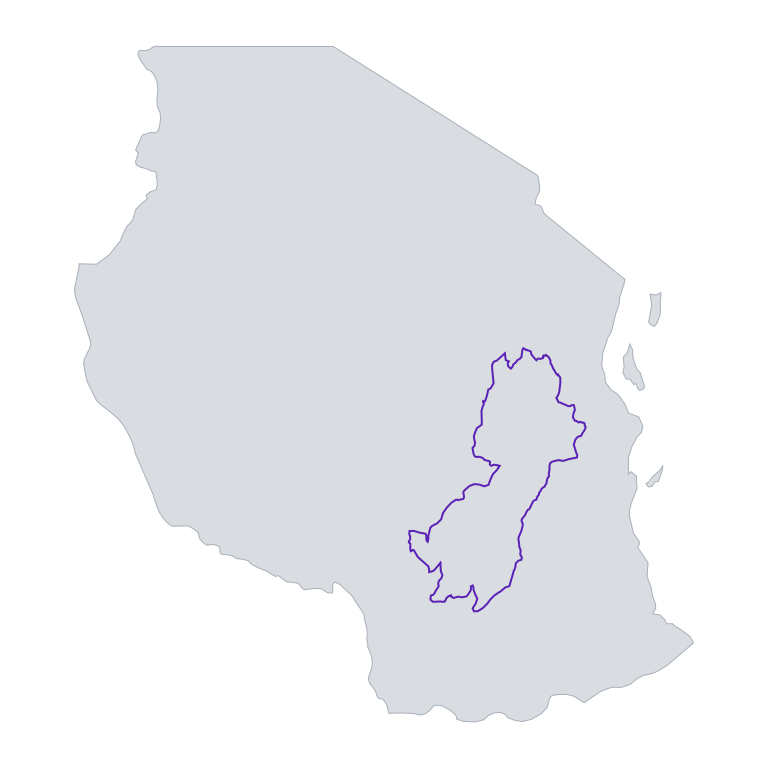 United Republic of Tanzania, with Morogoro highlighted
{"feature_id": "TZA-3379", "entity_name": "Morogoro", "entity_type": "Region", "adm_level": 1, "iso_a3": "TZA", "parent_name": "United Republic of Tanzania", "parent_adm1": "", "projection": "robinson", "projection_center": [37.042, -7.875], "detail": "fine", "context": "in_parent", "style": "outline", "palette": "violet", "viewbox_px": 768, "rotation_deg": 0, "n_neighbors": 0, "source": "natural_earth", "source_scale": "10m", "svg_char_len": 7925}
<svg xmlns="http://www.w3.org/2000/svg" viewBox="0 0 768 768"><path d="M275.3,576.4L266.2,571.0L258.0,567.7L251.2,564.1L248.2,560.6L241.9,559.2L236.5,558.6L231.4,555.3L221.0,554.1L219.9,551.9L219.7,547.1L217.8,545.8L214.1,544.5L210.0,544.6L207.5,545.3L206.1,544.9L202.7,542.1L199.5,538.4L198.3,532.6L193.6,528.9L188.1,525.9L172.9,526.2L170.5,525.3L166.9,522.4L162.6,517.5L159.2,512.0L156.2,504.4L153.0,494.2L135.4,453.7L133.6,446.0L130.2,437.5L124.6,427.0L118.6,419.3L110.6,412.2L101.5,405.2L96.5,400.5L87.1,381.4L85.1,372.4L83.6,363.2L84.2,359.4L90.0,347.5L90.6,344.1L89.9,339.6L86.9,330.1L83.2,318.5L75.7,297.5L74.6,292.2L74.7,288.2L79.1,266.8L79.0,263.8L96.5,264.2L109.2,254.9L120.3,240.9L122.5,235.1L127.1,226.1L131.5,221.6L133.2,218.5L135.7,209.6L141.6,203.5L147.2,198.9L146.1,195.6L146.9,194.4L150.0,192.0L156.0,189.8L157.2,185.1L157.2,179.8L156.2,176.8L156.4,173.4L155.4,171.5L151.5,171.0L145.6,168.4L140.7,167.3L137.4,165.7L136.1,164.6L135.6,161.4L138.3,153.2L135.6,149.9L141.7,136.3L142.8,134.7L145.0,134.4L148.5,133.0L151.7,132.3L154.4,132.9L156.3,132.3L158.1,130.8L159.5,126.2L160.7,118.5L160.0,112.2L157.5,107.4L156.8,100.0L157.9,90.1L157.1,81.9L154.3,75.3L151.4,71.4L147.0,69.6L140.1,59.5L138.0,54.7L138.4,51.6L140.8,50.3L145.1,50.8L149.3,49.6L153.1,46.9L156.9,46.1L158.8,46.5L333.3,46.5L537.3,175.3L538.2,176.9L539.8,188.0L539.4,191.7L536.3,198.1L535.4,201.5L535.3,203.8L536.1,204.7L538.8,205.1L541.0,206.6L541.9,207.8L543.6,212.6L545.8,215.0L623.3,278.2L625.0,279.2L623.9,284.5L619.6,297.3L619.3,302.7L617.6,309.0L615.9,313.1L611.5,331.2L607.7,338.0L602.6,353.9L601.8,366.0L604.6,374.5L605.6,382.5L611.6,390.3L616.3,393.1L619.6,396.6L625.3,404.8L628.5,413.0L638.8,417.0L642.9,426.1L641.4,432.4L636.6,437.7L632.1,446.1L628.5,457.3L628.4,474.3L630.9,471.7L636.3,475.9L637.0,488.4L631.3,503.0L629.6,509.8L629.3,515.6L633.4,533.1L639.5,542.0L639.1,544.8L637.5,547.1L648.0,562.8L647.1,576.5L651.0,587.2L652.7,596.4L655.3,603.5L655.8,608.3L652.6,613.8L660.2,615.1L664.7,619.6L666.8,623.8L672.4,623.6L675.4,626.5L679.7,628.9L689.3,636.0L691.8,639.6L693.4,643.0L667.0,665.5L657.5,671.3L650.7,673.9L643.4,675.4L636.6,679.0L630.0,684.5L621.7,687.3L611.5,687.3L600.8,691.2L584.1,702.8L574.3,696.4L566.6,694.3L557.8,694.6L552.4,695.4L550.5,696.7L548.8,700.7L547.4,707.2L541.6,713.4L531.5,719.3L522.1,721.6L513.6,720.0L507.8,717.6L504.8,714.1L500.3,712.5L494.5,712.8L488.8,715.2L483.5,719.9L474.9,721.9L463.1,721.3L456.8,719.1L455.9,715.2L450.7,710.6L441.3,705.4L434.3,705.3L429.8,710.3L425.8,713.5L422.1,714.7L418.8,714.9L414.0,713.5L400.9,713.0L388.6,713.2L387.3,706.0L384.8,701.6L382.5,699.0L378.3,698.3L377.1,696.3L375.7,691.8L373.5,688.0L370.7,684.8L369.1,681.8L368.5,679.1L368.9,676.2L371.5,668.8L372.3,663.7L372.0,658.5L370.6,653.2L367.6,646.8L368.0,645.0L367.0,640.7L366.9,637.7L367.4,633.9L366.8,628.9L364.3,618.3L364.3,615.6L361.6,610.5L353.4,598.4L353.0,596.8L340.1,584.6L334.9,581.9L333.1,584.2L332.4,586.3L332.9,590.2L332.6,592.2L332.1,593.1L329.0,592.9L327.1,592.5L322.2,589.2L318.4,588.4L309.0,589.0L305.7,589.8L303.1,589.0L298.1,583.4L292.2,582.2L286.9,582.0L278.3,575.6L275.3,576.4ZM640.2,372.6L644.4,386.0L643.9,388.5L640.9,390.1L639.3,390.2L637.5,388.0L636.1,383.5L633.9,384.6L630.0,379.2L626.1,378.9L622.8,372.5L624.1,366.8L623.3,357.2L627.5,352.3L629.8,344.1L632.5,349.7L633.1,358.5L636.7,368.9L640.2,372.6ZM660.8,292.6L661.1,295.8L660.3,298.8L660.5,308.3L660.1,314.7L656.9,323.4L654.3,326.5L652.0,325.6L650.1,324.2L648.6,321.8L651.7,305.7L650.2,294.0L656.1,295.1L660.8,292.6ZM652.0,486.2L649.0,487.1L647.8,486.3L646.0,483.6L649.2,481.4L652.3,477.0L659.5,470.7L662.9,465.5L662.3,470.5L658.3,481.4L654.8,482.1L652.0,486.2Z" fill="#d9dde1" stroke="#a8b0b8" stroke-width="1"/><path d="M546.0,484.1L545.6,484.6L545.1,485.8L544.7,486.4L544.3,486.8L542.8,487.7L541.9,488.5L541.3,489.4L540.2,491.6L539.8,492.1L539.4,492.4L539.1,492.8L539.0,493.3L539.0,494.0L538.9,494.4L538.8,494.8L537.3,496.7L536.9,497.5L536.7,498.5L536.4,499.5L535.5,500.0L534.5,500.3L533.7,500.7L533.3,501.2L531.4,504.7L530.7,506.5L529.9,507.8L529.6,508.7L529.3,509.1L528.9,509.4L528.1,509.7L527.8,510.0L526.7,511.5L525.2,514.8L524.2,516.2L523.1,517.5L521.9,519.1L521.5,521.0L522.5,522.9L522.7,523.7L522.7,525.1L522.5,526.5L521.2,531.3L518.8,536.8L518.4,538.7L519.2,544.4L519.2,546.5L520.7,550.6L520.2,554.5L521.8,557.2L521.4,559.7L518.3,560.8L515.8,563.2L515.3,567.2L514.7,569.1L513.8,570.8L509.4,586.1L505.3,587.4L500.4,591.6L498.6,592.5L494.2,595.6L490.5,599.3L487.3,603.6L482.9,608.0L477.8,611.2L474.0,611.3L472.6,608.3L475.6,603.8L477.3,598.7L475.1,594.1L473.4,589.3L473.4,587.3L472.7,585.5L472.1,585.9L470.9,586.3L471.0,589.1L470.5,590.7L468.0,594.6L466.6,596.3L466.3,596.5L461.7,597.3L458.3,596.6L453.5,598.0L452.0,597.0L451.7,596.5L451.2,596.7L450.8,596.2L450.9,595.4L448.5,596.2L446.0,598.6L445.5,600.4L444.5,601.7L442.6,601.8L440.6,601.5L432.9,601.8L430.5,599.7L430.8,595.9L431.7,595.1L432.9,595.0L434.0,594.0L436.4,589.6L438.3,587.0L438.7,585.6L438.2,584.3L438.4,582.3L439.3,580.4L441.5,578.1L442.4,574.9L441.4,572.8L440.8,570.6L440.6,566.1L440.3,564.8L440.3,563.8L440.7,563.2L440.5,562.6L436.9,567.1L433.7,570.6L431.5,571.5L429.2,572.1L429.1,569.1L428.3,566.3L417.8,557.0L414.0,550.4L412.8,549.8L411.9,550.7L410.8,551.2L410.2,548.8L410.4,544.3L409.9,543.0L408.9,542.5L408.8,541.5L410.2,539.2L410.1,536.4L409.2,533.8L409.5,531.0L413.9,530.9L419.0,532.5L425.4,533.7L426.2,535.2L426.5,540.5L427.7,541.7L428.4,538.8L428.3,535.8L430.3,527.8L432.0,526.0L437.1,523.4L441.1,519.4L443.1,512.8L447.0,507.4L451.2,502.9L456.1,499.6L458.2,500.1L460.0,499.6L463.2,499.0L464.1,497.2L463.8,495.1L463.5,494.0L463.4,492.9L463.4,492.1L463.5,491.5L465.3,489.6L469.3,486.1L474.2,484.1L479.4,484.6L484.3,486.3L488.5,484.9L490.5,479.3L493.0,474.0L497.0,469.9L499.7,465.8L498.6,465.5L498.0,465.5L497.8,465.5L497.0,465.1L494.2,464.8L493.8,464.8L493.0,465.1L492.2,465.6L491.4,465.7L490.3,465.2L489.9,464.6L489.8,464.0L490.0,462.0L490.0,461.8L489.8,461.5L489.5,461.3L489.1,461.1L488.3,460.8L486.9,460.7L485.7,460.1L484.5,459.8L484.2,459.7L483.7,458.9L482.7,458.0L481.6,457.5L479.0,456.8L478.3,456.7L477.1,457.0L476.3,457.0L474.7,456.2L473.7,454.3L472.5,448.0L474.6,445.6L475.0,442.6L474.3,439.6L473.9,436.5L474.6,433.6L477.0,428.0L481.6,424.8L481.8,422.0L481.5,410.7L482.9,406.0L483.7,404.6L483.7,403.1L483.0,402.1L483.2,401.0L484.0,401.3L484.8,401.4L485.4,400.3L485.8,399.0L486.9,395.8L488.3,389.6L490.6,388.4L493.6,383.2L492.1,368.4L492.1,364.8L493.8,361.7L496.8,360.6L504.9,353.3L505.7,359.9L507.4,360.9L508.9,361.4L507.7,363.3L507.9,365.0L508.1,365.4L508.1,366.0L509.4,367.5L510.9,368.6L512.3,366.9L513.4,364.4L515.8,362.4L517.6,360.0L519.6,359.0L521.4,357.2L522.4,350.0L523.2,348.3L525.0,349.0L525.3,349.2L525.4,349.7L526.1,350.0L527.0,349.9L528.0,350.5L528.9,350.6L530.8,351.5L531.4,354.4L535.1,359.0L536.4,360.3L537.9,358.6L540.8,358.8L543.1,358.0L543.0,356.2L543.8,355.4L545.1,355.9L546.0,354.9L548.7,357.2L550.4,360.4L550.4,362.2L550.8,364.0L551.8,365.2L553.3,368.9L554.7,370.9L555.4,372.5L556.2,373.8L557.7,374.3L558.9,374.6L558.1,374.8L557.8,375.3L559.2,376.1L560.2,377.5L560.4,382.5L559.2,392.2L557.8,395.9L556.8,397.1L556.8,398.5L556.6,398.5L557.1,399.5L557.8,400.6L558.3,402.0L559.4,402.5L561.0,402.8L562.6,403.7L568.1,406.0L569.4,406.2L570.7,405.9L571.3,405.4L571.9,405.1L572.9,405.0L573.9,405.2L574.9,409.9L573.4,413.7L572.9,417.4L575.1,420.9L576.3,420.8L577.3,421.5L577.8,422.1L578.5,422.5L579.3,422.2L580.2,421.8L581.3,422.1L582.2,422.8L583.6,422.6L584.6,423.6L584.8,425.8L585.3,426.5L585.7,427.3L584.3,430.5L582.3,433.4L581.0,436.0L578.8,436.3L576.8,437.7L575.2,440.1L573.8,444.7L576.2,452.6L577.3,455.2L577.0,457.5L568.1,459.3L565.4,460.3L562.6,460.9L560.6,460.4L558.6,460.1L553.7,461.2L551.5,462.0L549.9,463.7L549.4,466.8L549.5,470.1L548.8,473.1L549.0,476.2L548.7,476.5L548.4,477.0L548.2,477.5L547.8,477.8L547.5,478.3L547.3,478.7L546.7,481.3L546.6,482.8L546.4,483.5L546.0,484.1Z" fill="none" stroke="#5b21b6" stroke-width="2"/></svg>